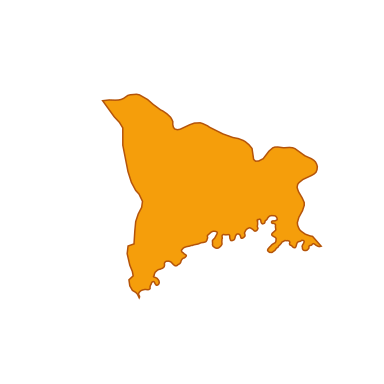 Kim Hyong Jik, Ryanggang, North Korea (Equal Earth projection), rotated 137°
{"feature_id": "82179303B57298285068990", "entity_name": "Kim Hyong Jik", "entity_type": "district", "adm_level": 2, "iso_a3": "PRK", "parent_name": "North Korea", "parent_adm1": "Ryanggang", "projection": "equal_earth", "projection_center": [127.249, 41.385], "detail": "fine", "context": "isolated", "style": "filled", "palette": "amber", "viewbox_px": 384, "rotation_deg": 137, "n_neighbors": 0, "source": "geoboundaries", "source_scale": "gbopen_adm2", "svg_char_len": 6055}
<svg xmlns="http://www.w3.org/2000/svg" viewBox="0 0 384 384"><g transform="rotate(137 192 192)"><path d="M180.7,308.0L183.0,309.4L185.4,311.4L189.8,315.8L195.1,319.7L197.6,300.0L197.6,292.4L198.9,286.1L210.7,273.4L224.9,250.6L229.7,240.5L232.1,231.6L232.2,226.5L234.6,218.9L239.3,215.1L246.3,212.6L253.3,208.8L260.4,202.5L269.8,193.6L275.6,196.1L281.5,191.1L287.4,180.9L289.8,174.6L292.2,170.8L298.0,170.8L301.5,165.8L302.7,160.7L301.6,156.9L301.6,154.4L302.8,150.6L302.1,150.9L301.6,151.4L301.4,151.8L301.1,153.0L300.7,153.7L299.9,154.3L299.1,154.6L298.4,154.7L296.8,154.7L295.6,154.3L294.8,154.0L293.9,153.4L293.4,153.2L292.9,152.8L292.4,152.4L291.3,151.0L290.2,150.1L289.0,149.9L288.6,149.9L288.4,150.1L287.2,151.4L285.9,152.1L285.5,152.3L284.6,152.5L283.4,153.2L282.3,153.3L281.4,152.9L281.2,152.7L281.0,152.3L281.0,151.8L281.5,150.3L281.7,149.0L281.7,148.3L281.5,147.9L281.0,147.6L280.4,147.4L279.9,147.3L279.2,147.4L278.7,147.5L277.7,148.1L277.0,149.2L276.7,149.8L276.7,150.2L276.6,150.4L276.4,152.6L277.0,154.3L277.8,155.7L277.8,156.2L277.8,156.4L277.6,156.5L276.4,156.9L276.1,157.1L275.8,157.5L275.3,157.7L273.8,158.4L270.7,158.4L269.8,158.2L268.8,157.8L267.7,157.1L267.1,157.0L265.8,156.4L264.2,156.2L263.2,156.4L262.3,157.0L261.9,157.3L261.0,158.5L260.5,158.8L260.0,159.0L259.1,159.1L258.4,159.0L257.8,158.7L256.1,157.2L255.8,156.6L255.3,155.7L255.1,154.7L255.1,151.6L255.0,151.0L254.8,149.9L254.2,149.0L253.5,148.6L252.9,148.4L252.3,148.5L250.1,148.0L249.3,148.0L248.2,148.3L246.7,149.2L245.3,149.6L243.7,149.6L242.5,149.0L241.5,148.9L240.3,149.0L239.7,149.2L239.5,149.4L239.4,149.6L239.4,150.3L239.9,152.1L239.9,153.5L240.2,154.4L240.2,155.0L240.0,155.7L239.6,156.4L239.4,156.6L238.7,156.7L236.7,156.9L236.0,156.8L235.2,156.6L233.2,155.7L230.7,154.1L230.4,154.0L229.0,153.4L228.2,152.7L226.7,152.1L223.0,149.8L222.0,149.4L221.3,149.2L220.1,148.7L219.2,148.2L218.4,147.5L217.6,147.1L216.8,146.6L216.0,146.3L215.5,146.2L214.4,146.5L213.8,146.7L212.9,147.3L212.0,147.7L211.5,148.2L211.0,149.1L210.8,149.4L210.2,149.7L205.6,149.6L204.9,149.5L203.6,149.0L203.1,148.7L201.9,147.5L201.1,146.1L201.1,145.6L201.3,145.0L201.8,144.6L202.4,144.3L206.8,142.8L209.3,142.7L210.4,142.4L210.6,142.1L211.0,141.6L212.2,140.2L213.0,139.5L213.5,138.4L213.6,137.9L213.5,137.1L213.1,135.3L212.9,134.9L212.2,133.9L211.5,133.4L211.0,133.1L210.1,132.9L208.1,132.8L207.1,133.0L206.1,133.2L205.6,133.5L205.1,134.0L204.2,135.2L202.8,136.5L202.3,137.1L201.5,137.4L201.3,137.6L200.1,139.3L199.7,139.6L199.3,139.7L198.6,139.7L198.0,139.5L197.7,139.2L197.2,138.4L196.5,137.6L194.4,136.0L194.2,135.8L194.0,135.3L194.1,134.6L195.9,132.3L196.3,131.1L196.5,130.9L196.7,130.4L196.6,129.8L196.4,129.6L195.5,128.9L194.6,128.6L194.0,128.4L193.2,128.5L192.6,128.7L190.1,130.2L188.5,130.6L187.7,130.5L187.3,130.2L186.6,129.5L186.4,129.1L186.3,128.6L186.3,127.9L186.4,127.2L187.3,125.5L187.4,125.0L187.5,124.6L187.0,124.1L186.5,123.8L185.8,123.6L184.8,123.5L183.5,123.6L183.0,123.9L182.6,124.4L182.0,125.3L181.8,126.0L181.1,126.5L178.6,127.4L177.5,127.5L175.7,127.2L174.3,126.6L174.1,126.4L173.8,125.9L173.1,123.4L173.0,122.7L173.0,121.4L172.9,120.9L172.6,120.4L172.2,120.1L171.5,119.8L171.1,119.7L170.1,119.8L168.7,120.3L168.4,120.8L167.8,122.2L167.5,122.5L165.9,123.7L165.0,124.8L164.2,125.6L164.2,126.0L163.9,126.5L163.4,127.0L162.9,127.1L162.2,126.3L161.6,126.4L161.3,126.3L160.8,125.7L160.8,125.2L160.8,124.8L162.0,123.0L162.3,122.2L162.4,121.5L162.3,120.9L162.2,120.6L161.7,120.3L160.4,119.8L160.1,119.8L159.6,120.0L158.3,120.9L158.0,121.0L156.5,120.8L155.2,121.0L154.4,121.4L153.2,121.5L151.9,121.5L151.5,121.4L151.0,121.2L150.5,120.8L149.9,120.5L148.2,118.7L147.6,118.0L147.4,117.4L147.3,116.4L147.5,115.4L147.7,114.8L148.4,113.8L148.6,113.7L148.9,113.7L150.5,114.1L151.5,114.7L152.3,115.5L153.0,116.0L153.4,116.1L153.8,116.1L154.2,115.9L154.4,115.7L154.7,115.2L154.7,114.6L154.6,114.2L153.8,113.5L153.5,113.0L153.3,112.4L153.1,111.7L153.2,111.3L153.3,111.0L154.7,109.7L156.3,107.4L156.7,107.1L157.1,107.0L161.4,107.1L162.1,106.9L162.7,106.5L162.9,106.3L163.0,105.9L163.0,105.2L162.6,103.6L162.1,102.3L162.1,101.1L162.2,100.6L162.4,100.4L164.1,98.9L165.0,98.4L165.7,98.2L168.6,98.9L169.9,99.0L171.5,98.8L172.9,98.8L175.3,98.5L176.1,98.1L176.4,97.9L176.7,97.4L176.7,96.2L176.6,95.8L176.4,94.9L176.0,94.5L174.8,93.3L174.2,93.1L173.4,93.1L172.2,92.9L171.0,92.8L170.6,92.8L168.8,93.3L168.4,93.3L167.1,93.0L166.7,93.0L165.0,93.5L163.9,93.4L161.9,93.6L160.1,94.0L158.5,93.4L157.5,93.3L157.2,93.2L155.9,91.7L155.3,91.3L154.7,90.5L154.5,90.0L154.4,89.5L154.7,88.5L156.0,87.7L156.4,86.9L156.4,86.1L156.0,85.5L155.8,84.8L155.8,83.1L155.7,82.4L155.4,81.9L155.3,81.6L154.8,81.1L154.4,80.9L153.8,81.0L152.6,81.5L150.2,83.0L148.3,83.2L146.1,81.9L144.8,81.9L144.0,81.1L143.6,80.5L143.5,80.0L143.6,79.4L144.3,78.9L145.3,78.4L147.4,77.8L148.5,77.2L149.0,76.3L150.0,75.0L150.1,74.3L150.2,73.8L150.0,73.1L149.7,72.6L148.6,71.5L147.6,71.0L146.4,71.0L145.1,71.1L144.4,71.6L143.7,72.3L143.1,72.6L142.7,72.6L142.1,72.4L141.7,72.0L141.0,71.7L140.4,71.6L139.5,71.8L139.1,71.7L138.5,71.5L138.1,70.9L138.0,70.6L137.8,69.9L137.8,69.4L137.6,68.3L136.9,66.4L136.5,65.7L136.0,65.1L134.5,64.3L134.1,77.3L135.6,79.4L137.9,83.9L138.9,88.7L139.0,91.2L138.3,93.4L137.4,95.7L135.8,97.8L131.1,100.6L123.9,103.0L119.0,105.7L117.1,107.8L115.5,112.4L114.0,119.2L113.1,121.5L111.9,123.8L109.5,125.5L107.3,125.9L102.3,125.5L92.6,122.4L90.2,121.9L87.8,121.9L85.3,123.1L83.0,125.1L81.9,127.3L81.2,129.8L81.3,132.1L81.9,134.7L84.8,141.6L87.1,153.4L88.2,155.7L90.3,158.1L94.8,161.8L98.4,166.2L100.7,168.3L102.8,169.2L107.9,169.4L117.2,167.8L122.1,169.2L124.5,171.2L124.7,173.8L118.4,182.9L118.1,187.7L118.7,192.5L119.4,194.8L121.7,199.5L124.9,203.9L129.8,213.4L135.0,227.4L135.5,229.8L137.5,234.7L138.8,237.0L143.3,240.8L147.7,242.7L157.9,246.0L160.2,247.5L161.7,249.9L161.4,252.1L160.1,254.4L158.0,256.6L157.2,259.0L156.7,261.3L157.0,266.2L158.1,271.2L159.0,273.5L160.7,282.7L161.4,289.9L164.2,298.9L165.9,301.3L170.8,305.2L173.1,306.4L178.1,307.1L180.7,308.0Z" fill="#f59e0b" stroke="#b45309" stroke-width="1.5"/></g></svg>